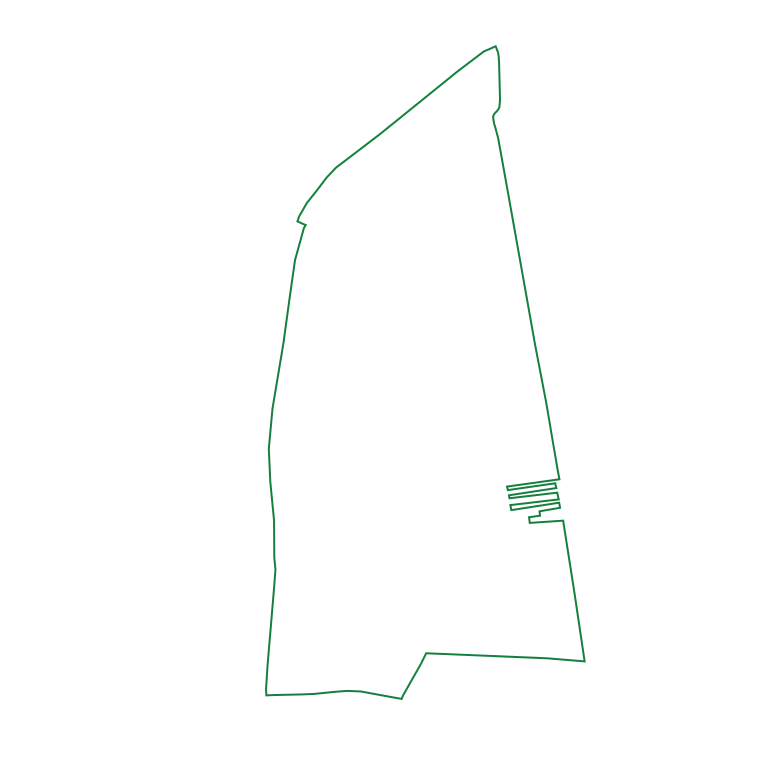 the district of Shubra, Al Qahirah, Egypt, rotated 170°
{"feature_id": "37247803B2980274366801", "entity_name": "Shubra", "entity_type": "district", "adm_level": 2, "iso_a3": "EGY", "parent_name": "Egypt", "parent_adm1": "Al Qahirah", "projection": "natural_earth1", "projection_center": [31.25, 30.072], "detail": "fine", "context": "isolated", "style": "outline", "palette": "green", "viewbox_px": 768, "rotation_deg": 170, "n_neighbors": 0, "source": "geoboundaries", "source_scale": "gbopen_adm2", "svg_char_len": 1374}
<svg xmlns="http://www.w3.org/2000/svg" viewBox="0 0 768 768"><g transform="rotate(170 384 384)"><path d="M441.0,559.2L438.4,557.4L433.5,554.1L435.8,551.5L437.5,547.9L450.1,521.5L461.2,487.6L476.0,441.5L498.1,379.1L504.6,355.2L508.7,340.2L513.0,307.0L516.0,268.5L522.2,232.0L523.1,220.1L528.0,201.0L547.7,126.5L548.1,124.9L548.5,123.3L553.1,104.1L553.8,98.8L553.9,97.8L546.5,96.8L519.7,92.7L506.5,90.9L484.9,89.3L473.7,88.2L460.1,85.2L447.0,80.3L421.3,70.8L420.5,72.1L419.7,73.5L409.6,85.8L396.5,101.6L389.2,111.5L270.4,85.4L234.6,76.0L234.3,86.2L232.7,145.8L231.8,192.7L231.3,218.3L264.6,221.9L264.4,224.7L264.3,227.6L258.0,227.4L253.2,227.2L253.1,229.4L252.9,231.6L246.2,231.6L232.1,231.5L232.1,236.0L232.2,236.7L280.5,237.7L280.6,242.8L232.0,240.0L232.3,246.4L232.3,246.9L280.3,249.7L280.3,252.7L232.4,251.6L232.6,256.5L280.4,258.0L280.7,261.6L230.7,259.8L227.8,259.7L227.9,270.0L227.8,289.0L227.7,309.6L227.6,313.6L227.6,317.5L227.5,337.9L228.4,397.0L228.5,473.3L228.7,562.6L228.9,606.6L229.9,617.9L230.3,621.0L230.4,624.4L230.2,628.3L228.5,630.9L225.3,633.2L224.2,634.1L222.4,636.2L220.4,643.6L214.9,680.3L214.2,686.6L214.1,690.6L215.4,697.2L217.3,696.8L220.0,696.0L227.8,694.2L245.2,685.3L258.0,678.7L308.2,650.9L345.3,630.4L393.7,605.4L404.5,597.4L416.6,586.2L428.6,575.6L438.6,563.6L440.0,560.9L441.0,559.2Z" fill="none" stroke="#15803d" stroke-width="2"/></g></svg>